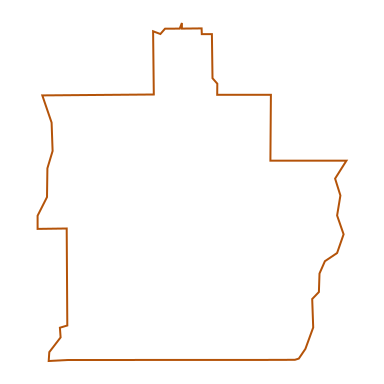 Pike, Alabama, United States of America (Equal Earth projection)
{"feature_id": "52423323B73218040263092", "entity_name": "Pike", "entity_type": "district", "adm_level": 2, "iso_a3": "USA", "parent_name": "United States of America", "parent_adm1": "Alabama", "projection": "equal_earth", "projection_center": [-85.928, 31.839], "detail": "fine", "context": "isolated", "style": "outline", "palette": "amber", "viewbox_px": 384, "rotation_deg": 0, "n_neighbors": 0, "source": "geoboundaries", "source_scale": "gbopen_adm2", "svg_char_len": 637}
<svg xmlns="http://www.w3.org/2000/svg" viewBox="0 0 384 384"><path d="M153.1,31.3L153.8,94.5L42.3,95.4L51.6,122.6L52.6,151.0L47.4,168.3L47.0,197.1L37.6,215.7L37.6,228.9L66.7,228.5L67.3,325.5L59.9,327.7L60.6,337.4L49.3,352.1L48.7,361.0L68.0,360.0L271.6,359.9L294.9,359.8L298.8,358.6L305.4,348.9L313.2,327.5L312.2,299.0L318.9,292.0L319.5,273.5L324.9,261.2L337.1,253.0L343.6,234.3L337.1,215.5L340.4,195.5L335.1,178.6L346.4,160.7L270.4,160.7L270.9,94.8L217.2,94.8L217.3,83.7L212.5,78.2L211.9,34.1L201.8,34.1L201.6,28.4L181.9,28.6L181.9,23.0L179.7,28.6L165.0,28.7L160.4,34.0L153.1,31.3Z" fill="none" stroke="#b45309" stroke-width="2"/></svg>